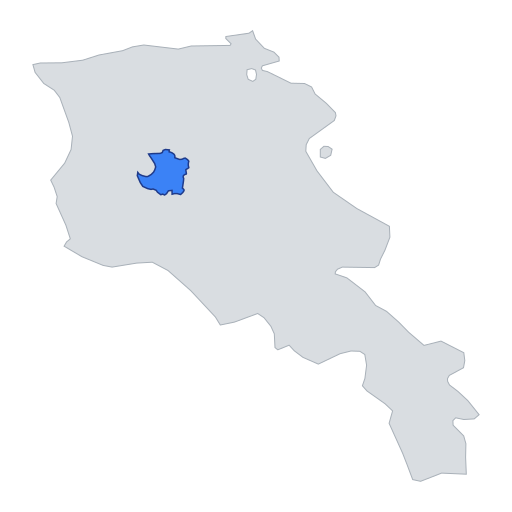 location of Aparan, Aragatsotn, Armenia
{"feature_id": "60910142B24398064358577", "entity_name": "Aparan", "entity_type": "district", "adm_level": 2, "iso_a3": "ARM", "parent_name": "Armenia", "parent_adm1": "Aragatsotn", "projection": "equal_earth", "projection_center": [44.404, 40.525], "detail": "fine", "context": "in_parent", "style": "filled", "palette": "blue", "viewbox_px": 512, "rotation_deg": 0, "n_neighbors": 0, "source": "geoboundaries", "source_scale": "gbopen_adm2", "svg_char_len": 2868}
<svg xmlns="http://www.w3.org/2000/svg" viewBox="0 0 512 512"><path d="M220.3,325.0L215.4,317.0L190.8,290.7L168.0,270.5L152.3,262.2L136.6,263.1L112.1,267.1L103.1,265.4L81.9,256.7L64.1,246.2L66.6,241.9L70.3,238.8L65.9,225.2L56.1,203.5L57.2,196.6L54.1,187.2L50.7,180.1L64.7,163.1L71.1,149.5L72.5,136.2L68.8,122.4L59.8,97.5L54.2,90.2L43.8,83.5L35.1,72.4L32.9,64.6L40.3,63.0L61.8,62.8L82.7,60.2L99.0,55.0L122.6,50.7L132.4,46.9L143.8,45.0L178.3,49.1L191.2,46.0L230.1,45.4L231.1,43.8L225.8,38.5L225.9,36.5L249.0,33.2L252.6,30.7L255.6,39.1L264.3,48.3L273.9,52.1L279.0,57.2L279.2,61.0L262.4,65.8L261.3,68.1L262.4,70.4L267.4,71.6L291.0,83.2L304.5,83.5L311.6,87.0L315.1,94.0L326.4,103.4L335.4,112.6L336.0,115.8L334.3,120.5L309.3,138.5L306.2,144.7L305.8,151.3L317.0,170.9L333.3,192.3L356.9,208.6L389.4,226.3L389.9,237.2L384.9,250.3L380.5,259.1L378.6,265.1L374.6,267.6L342.3,267.1L337.5,269.2L335.4,271.8L335.2,273.9L346.9,277.9L365.1,291.9L375.6,305.5L386.6,311.4L398.8,322.2L408.7,332.3L424.0,345.4L441.0,341.1L463.8,352.7L464.8,360.6L463.5,367.7L449.3,375.4L447.5,378.6L447.6,381.3L449.5,385.0L457.9,391.4L467.9,400.7L479.1,414.7L474.2,418.9L463.8,419.5L455.7,417.8L452.9,420.6L453.1,425.2L463.7,435.9L465.9,443.7L465.6,457.2L466.3,474.2L441.6,473.1L420.6,481.3L412.7,479.6L407.3,465.2L402.7,453.4L389.1,423.3L392.6,410.9L385.1,403.8L367.0,391.0L362.4,385.8L364.9,378.5L366.6,365.2L364.8,354.5L359.9,351.3L351.0,351.0L340.1,353.7L318.3,364.1L303.0,357.4L294.3,350.8L289.1,345.2L277.8,349.8L275.0,347.6L274.3,333.8L270.9,326.3L264.0,317.7L257.7,313.5L234.4,322.1L220.3,325.0ZM255.8,79.3L256.5,74.4L255.5,70.0L251.7,68.6L247.1,69.7L246.7,74.6L248.2,79.3L252.8,81.4L255.8,79.3ZM330.7,155.3L325.4,158.4L320.3,157.0L320.3,149.4L323.9,146.3L328.1,146.5L332.1,149.2L330.7,155.3Z" fill="#d9dde1" stroke="#a8b0b8" stroke-width="1"/><path d="M169.3,149.9L167.3,149.7L165.4,149.5L163.1,150.4L162.3,152.5L160.3,153.4L157.2,153.5L153.0,153.6L149.7,153.9L148.6,154.0L149.6,155.8L150.7,157.3L152.0,159.3L154.7,163.6L155.7,166.9L154.8,169.8L153.6,172.1L151.2,174.5L147.8,176.5L146.0,176.6L142.2,175.6L139.2,174.2L137.8,172.4L137.6,173.7L137.3,175.7L140.3,182.6L142.8,186.4L147.6,188.6L151.0,189.4L153.1,189.0L156.2,190.3L157.5,192.2L160.8,194.7L162.7,194.1L164.6,195.0L166.5,193.7L168.4,190.8L172.0,190.4L172.1,193.3L172.1,194.2L174.5,193.6L177.2,193.6L180.6,194.5L182.8,192.5L184.0,190.7L184.0,189.8L183.4,189.0L182.4,188.2L182.8,185.6L183.5,180.9L183.7,178.4L183.2,177.3L183.2,176.1L183.7,175.3L185.1,174.4L186.2,174.1L186.4,173.7L185.8,169.8L186.4,169.2L187.6,168.6L188.8,167.7L188.3,165.4L188.3,163.9L188.4,162.8L188.8,161.2L187.6,159.7L185.3,158.1L184.5,158.2L183.7,158.4L182.4,159.1L181.0,159.4L179.4,159.4L174.8,157.7L174.9,156.2L174.6,155.1L173.9,154.1L172.0,152.8L170.0,152.0L169.2,151.9L169.2,151.6L169.1,150.5L169.3,149.9Z" fill="#3b82f6" stroke="#1e3a8a" stroke-width="1.5"/></svg>